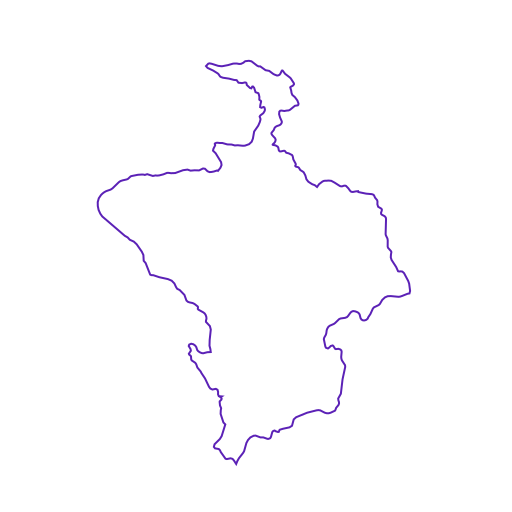 the border of Gorno-Badakhshan, rotated 77°
{"feature_id": "TJK-366", "entity_name": "Gorno-Badakhshan", "entity_type": "Region", "adm_level": 1, "iso_a3": "TJK", "parent_name": "Tajikistan", "parent_adm1": "", "projection": "albers", "projection_center": [72.466, 38.073], "detail": "fine", "context": "isolated", "style": "outline", "palette": "violet", "viewbox_px": 512, "rotation_deg": 77, "n_neighbors": 0, "source": "natural_earth", "source_scale": "10m", "svg_char_len": 6101}
<svg xmlns="http://www.w3.org/2000/svg" viewBox="0 0 512 512"><g transform="rotate(77 256 256)"><path d="M317.4,113.0L324.7,113.7L327.0,114.9L326.9,116.9L327.8,122.7L328.0,124.8L327.8,126.4L325.4,133.6L324.8,136.7L325.3,139.6L327.2,142.9L330.6,146.1L331.4,147.5L332.6,152.7L333.6,154.0L338.3,157.6L341.0,160.5L342.1,161.2L343.0,162.9L343.2,164.7L342.8,166.2L341.7,167.5L340.0,168.1L336.2,168.2L334.4,169.0L333.3,170.2L332.2,171.9L331.5,173.8L331.8,175.6L332.8,177.1L335.1,179.7L336.0,181.1L336.3,183.1L335.9,187.6L336.2,189.2L339.1,194.0L339.7,195.4L340.5,199.7L341.2,201.3L342.8,202.9L344.2,203.8L347.1,204.9L348.5,205.7L350.9,207.9L352.2,208.6L359.9,208.8L361.2,208.4L362.3,206.7L361.6,205.1L360.5,203.4L360.4,201.4L361.0,200.9L364.2,199.8L364.7,199.1L365.0,196.5L366.1,194.8L367.2,194.1L368.6,194.1L373.5,195.7L375.1,195.9L376.9,195.8L382.4,193.8L384.1,194.0L395.6,199.4L409.3,204.3L413.4,208.0L415.2,208.2L417.0,208.0L418.5,208.3L419.8,209.2L421.9,212.0L423.9,213.3L424.5,213.9L425.5,218.6L425.6,220.6L425.1,222.5L424.2,224.2L420.9,228.1L420.2,229.8L420.0,231.7L420.2,241.4L422.1,253.1L423.7,256.0L429.5,259.1L430.5,261.9L430.4,268.4L430.6,271.8L430.9,272.3L432.5,273.4L432.4,274.2L431.1,276.4L430.5,276.8L430.2,277.3L430.4,278.6L430.9,279.4L431.5,279.9L435.6,282.1L436.7,283.1L437.0,284.9L436.8,285.9L434.4,289.7L433.8,292.4L430.9,296.8L430.6,298.7L431.5,302.3L433.5,305.2L436.0,307.4L443.5,311.5L444.9,312.8L449.2,318.1L451.6,320.3L454.2,322.1L450.3,323.5L448.4,324.5L447.4,326.3L447.3,330.1L446.7,331.3L439.2,334.4L437.2,334.8L435.7,335.7L434.2,339.2L432.5,340.0L430.1,338.7L426.2,332.4L423.8,330.0L413.2,323.8L410.9,325.2L401.9,326.0L398.3,325.0L396.5,324.2L393.5,324.7L390.3,324.3L389.5,324.1L388.2,322.1L387.4,321.6L386.5,321.7L385.6,322.4L385.1,321.0L384.2,323.8L382.2,324.1L379.9,323.5L377.7,323.6L376.4,325.0L376.3,328.5L374.9,330.3L372.9,331.2L363.9,333.2L357.8,335.5L356.1,335.9L351.5,338.2L348.0,338.6L346.4,339.2L343.3,342.1L342.2,342.4L339.1,341.9L338.3,342.3L337.0,343.3L336.1,343.4L333.7,340.8L332.0,340.7L328.6,341.8L327.3,341.0L326.9,338.9L327.9,336.9L329.6,335.4L331.3,334.7L334.4,334.4L335.6,333.8L337.0,332.6L338.3,330.9L338.9,329.4L338.8,325.1L339.4,321.7L336.5,321.4L333.0,321.5L327.3,320.0L317.5,316.6L313.9,316.7L308.9,319.6L307.5,319.2L306.1,318.4L304.2,318.1L302.2,318.3L300.5,318.9L299.2,319.9L295.3,324.2L294.4,324.6L292.7,324.0L292.0,324.2L288.9,326.7L287.6,328.3L286.2,331.3L285.3,332.7L283.7,333.8L277.8,334.5L272.0,338.0L270.2,340.2L268.2,340.9L264.4,341.7L261.1,343.7L258.7,347.0L254.9,355.0L251.6,360.4L251.1,362.3L250.3,363.3L238.1,365.1L235.4,366.5L229.7,365.5L226.1,366.3L217.8,369.6L214.5,371.8L211.8,375.3L209.0,376.9L206.8,379.3L182.9,396.9L179.7,398.2L175.7,399.0L171.7,398.9L167.9,398.1L164.4,396.2L161.7,393.3L160.6,391.5L159.7,389.5L159.1,387.4L158.6,382.7L157.8,380.6L153.2,373.0L152.5,371.2L152.3,368.9L152.3,364.7L152.1,363.5L150.2,360.2L150.1,359.0L150.3,352.8L151.0,348.6L151.5,347.0L152.0,346.1L151.8,343.6L154.8,338.5L154.9,335.6L155.4,334.4L155.7,332.2L155.6,327.9L155.0,324.0L155.3,322.5L156.2,320.2L157.0,316.1L156.0,307.8L156.4,303.3L158.1,300.6L158.7,296.4L159.8,292.2L158.8,287.9L159.5,286.1L162.5,284.2L163.8,282.4L164.1,280.5L164.2,278.1L163.9,274.6L164.5,273.9L162.0,270.8L159.6,269.1L156.7,268.9L146.8,272.2L143.7,274.2L142.0,273.4L139.0,270.9L138.1,270.8L137.5,271.0L137.1,270.7L136.8,269.4L136.9,268.3L137.7,266.0L138.3,263.4L140.8,258.9L141.9,254.7L143.5,251.8L144.0,248.8L145.5,244.4L146.0,242.1L145.5,237.6L143.7,234.5L140.9,232.6L134.3,229.8L129.5,224.5L126.4,222.2L124.2,221.0L123.2,220.8L121.0,221.1L120.2,220.4L119.7,219.5L118.5,216.8L116.9,215.2L116.0,214.6L115.0,214.3L113.1,214.4L112.5,215.1L112.8,217.4L111.9,218.5L110.0,217.9L106.7,216.3L105.8,216.4L105.0,217.3L104.4,217.6L101.7,216.9L99.2,216.9L97.9,217.1L96.3,219.6L91.6,220.0L90.1,220.9L90.1,221.6L91.6,222.8L91.0,224.0L87.3,226.5L85.5,226.4L84.8,226.8L84.4,227.7L84.4,230.6L83.2,234.1L80.3,235.3L79.5,237.8L77.1,242.4L74.9,248.0L73.8,249.8L73.0,250.6L70.2,251.7L69.4,252.3L65.7,256.0L62.0,260.7L61.3,261.2L59.7,262.0L57.9,259.3L57.8,258.1L58.7,256.0L62.2,250.1L63.3,247.1L63.5,245.9L63.7,240.2L63.4,234.9L64.1,231.5L65.1,229.2L65.4,227.4L64.8,224.7L64.0,223.3L63.8,222.5L64.2,219.0L65.3,216.6L70.9,212.0L71.9,210.7L72.2,209.2L77.1,204.9L78.6,201.5L82.4,198.3L83.3,197.3L84.9,194.9L85.0,193.6L84.7,192.3L83.8,191.2L81.5,189.4L81.1,188.8L81.4,188.3L85.0,186.7L89.5,183.0L90.7,182.2L96.3,180.2L97.3,180.4L98.3,181.7L99.0,184.3L99.4,184.7L102.6,184.5L105.1,184.7L107.2,184.4L109.9,182.4L113.8,180.7L117.1,180.3L118.1,180.7L118.6,181.3L118.4,184.3L121.2,190.0L121.5,191.4L121.2,193.6L121.1,195.8L120.0,198.5L119.9,199.7L120.6,200.8L123.0,201.6L126.5,201.4L130.6,200.6L131.6,200.8L132.6,201.5L133.5,202.7L133.9,204.2L134.1,206.3L134.5,207.7L135.2,208.9L137.4,210.5L139.4,213.1L139.9,213.4L140.8,213.4L142.1,212.9L145.6,210.9L147.0,210.7L148.1,211.1L149.1,211.8L150.0,212.8L150.9,214.4L151.3,214.7L151.6,214.5L152.6,212.1L154.4,210.2L155.6,209.9L158.1,210.0L158.7,209.8L159.4,209.3L159.7,208.3L159.7,205.6L159.9,204.6L160.4,204.1L162.2,203.3L163.3,201.1L165.7,198.2L166.5,197.9L167.9,197.8L170.3,197.9L175.0,196.6L176.0,196.7L177.0,197.5L177.4,197.4L177.9,197.0L179.0,194.9L179.6,194.4L182.2,193.5L184.1,191.6L185.2,190.7L188.6,189.8L192.6,189.6L195.4,188.3L198.7,185.1L200.2,182.8L202.5,181.0L200.2,178.4L198.4,174.5L198.1,173.1L198.2,171.7L198.5,170.6L198.8,168.4L199.7,165.7L202.2,162.9L206.7,158.5L207.3,157.4L207.5,156.5L207.3,154.5L207.5,153.3L208.0,152.5L210.8,150.8L213.5,149.7L214.6,149.0L215.1,148.2L215.4,147.2L215.5,144.3L215.8,141.9L216.7,141.9L220.0,134.7L221.8,129.2L222.8,127.7L224.2,127.2L225.9,126.9L228.9,125.4L230.3,125.4L232.9,126.1L235.5,125.9L238.0,123.3L238.9,122.9L240.0,123.2L242.1,124.5L243.3,124.6L244.2,124.0L245.8,122.1L246.6,121.4L247.9,120.9L249.3,121.0L263.9,124.8L265.1,124.8L268.5,124.0L270.2,124.1L276.5,125.6L277.7,125.5L281.6,123.4L282.6,123.2L285.0,124.2L287.7,125.0L290.3,124.8L298.3,121.9L302.8,121.0L303.3,120.0L303.5,118.5L304.1,116.9L306.0,115.6L314.6,113.3L317.4,113.0Z" fill="none" stroke="#5b21b6" stroke-width="2"/></g></svg>